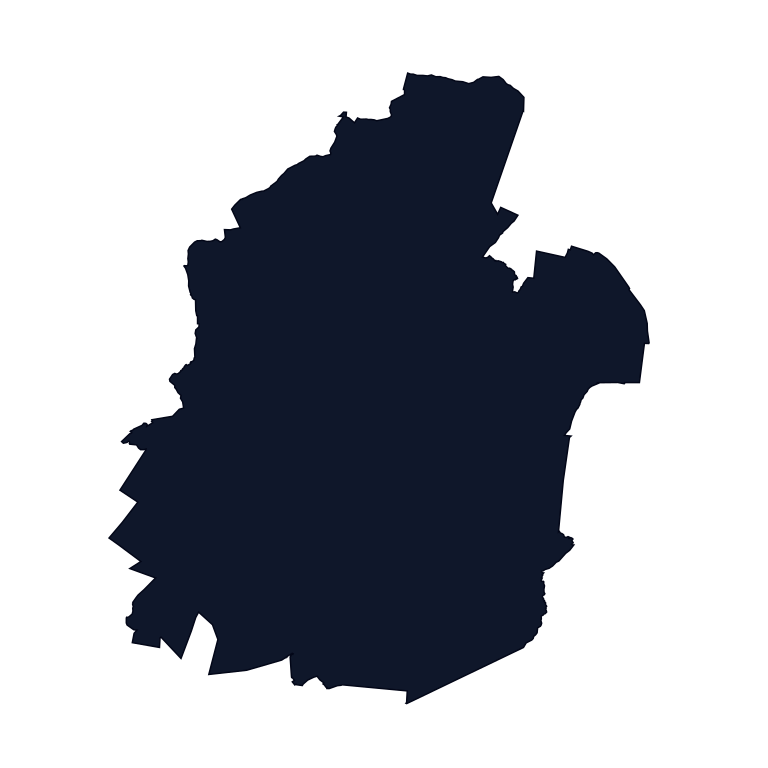 the district of General Francisco R. Murguía, Zacatecas, Mexico, rotated 275°
{"feature_id": "50627088B31059355925449", "entity_name": "General Francisco R. Murguía", "entity_type": "district", "adm_level": 2, "iso_a3": "MEX", "parent_name": "Mexico", "parent_adm1": "Zacatecas", "projection": "natural_earth1", "projection_center": [-102.697, 24.128], "detail": "fine", "context": "isolated", "style": "filled", "palette": "ink", "viewbox_px": 768, "rotation_deg": 275, "n_neighbors": 0, "source": "geoboundaries", "source_scale": "gbopen_adm2", "svg_char_len": 6140}
<svg xmlns="http://www.w3.org/2000/svg" viewBox="0 0 768 768"><g transform="rotate(275 384 384)"><path d="M312.3,135.1L303.8,127.6L302.3,129.5L303.1,132.2L303.5,133.2L304.5,133.9L304.8,135.0L304.2,135.5L302.7,135.5L301.9,135.9L301.8,142.8L298.8,145.1L297.4,147.2L297.7,150.5L298.5,152.7L297.7,152.7L255.2,130.2L244.9,149.1L223.4,135.4L206.6,123.5L200.6,133.7L186.0,157.3L178.0,146.9L170.9,173.4L158.2,162.9L152.3,157.4L149.6,155.7L144.6,152.8L144.0,153.3L142.9,152.7L140.4,153.6L140.9,154.1L138.9,153.2L135.9,153.7L132.9,153.2L129.8,150.2L129.1,148.9L129.3,148.1L128.5,147.7L123.5,148.1L121.5,149.1L117.4,156.1L117.3,159.4L113.9,156.8L104.4,155.8L102.0,183.3L111.4,183.0L112.4,183.9L92.9,205.7L121.2,213.6L135.0,216.8L140.6,219.2L129.3,234.1L115.0,240.8L79.4,234.8L86.9,272.2L100.1,306.2L102.6,309.4L102.7,310.1L103.3,310.2L103.6,311.2L104.1,311.2L105.7,313.2L106.1,314.7L106.6,314.6L107.7,316.0L107.4,317.0L106.7,316.7L106.9,315.8L103.9,314.3L84.7,317.3L83.9,317.5L84.1,317.7L81.0,320.6L79.3,318.6L76.4,321.4L77.3,322.5L76.8,323.1L76.5,328.9L78.0,329.6L82.4,333.8L85.8,339.6L87.1,342.8L83.7,345.9L81.0,350.1L79.9,349.4L79.0,350.9L77.0,352.5L76.8,353.6L75.7,353.6L75.8,355.9L79.4,363.8L80.1,367.4L80.7,368.6L80.3,433.9L68.5,434.3L67.9,433.7L67.6,434.4L133.7,545.9L138.5,548.2L141.8,553.5L143.5,554.8L145.6,555.1L147.4,556.9L149.5,558.2L154.5,558.3L156.3,560.9L157.7,561.6L159.5,561.9L162.0,560.9L163.8,561.2L166.5,560.8L167.7,562.7L168.8,563.4L169.3,564.6L171.0,565.9L172.7,565.3L173.1,564.7L174.6,565.0L174.9,564.5L176.8,565.4L178.2,564.2L180.1,564.0L180.3,563.3L180.8,563.4L181.4,562.4L182.3,562.7L183.3,561.4L184.2,561.6L185.5,560.3L187.1,560.5L188.1,562.1L189.2,562.5L190.4,561.6L193.3,561.2L196.9,561.5L199.5,560.3L200.7,560.5L201.3,560.0L201.1,558.2L201.9,557.6L204.5,558.5L204.7,557.6L207.5,558.8L207.8,558.1L209.7,559.5L209.8,558.2L210.4,557.1L211.2,557.2L211.9,559.0L213.3,560.7L214.8,564.5L217.4,567.8L221.4,571.0L222.9,573.6L231.1,579.7L234.6,583.5L240.2,587.1L240.2,585.6L240.7,584.7L241.9,585.6L242.3,586.3L244.6,584.7L245.9,585.7L246.4,585.5L247.2,583.6L247.0,582.9L246.2,582.2L246.2,581.6L247.5,582.1L248.0,580.6L247.2,579.4L247.1,577.1L249.5,576.0L250.6,574.1L250.8,572.8L252.7,571.3L252.0,570.7L303.6,571.0L346.9,573.4L348.4,574.8L348.5,568.2L351.3,569.7L355.4,572.9L363.4,574.1L372.6,576.7L376.0,578.2L376.2,578.8L377.1,579.4L380.9,580.9L381.5,580.7L382.4,581.2L385.5,581.8L387.3,583.3L390.7,584.2L394.3,587.0L396.6,587.8L398.5,589.3L400.1,591.3L403.2,597.2L403.8,595.5L405.9,616.8L405.2,623.3L405.8,623.7L406.4,623.5L407.7,638.3L447.2,639.9L447.4,644.2L448.1,644.5L459.7,641.8L467.3,640.9L479.8,636.9L485.2,632.6L499.1,620.0L499.7,619.8L500.4,620.3L502.0,619.3L520.8,603.6L528.1,595.0L533.1,586.6L533.4,584.8L533.1,583.3L531.0,581.6L532.5,579.9L534.0,575.5L537.6,558.8L533.8,557.9L534.2,555.9L530.6,555.3L525.9,553.4L529.7,524.4L502.4,524.0L502.5,518.1L496.5,514.3L493.4,513.4L492.7,512.2L490.1,511.5L488.5,510.3L487.1,509.9L486.2,508.9L487.2,506.3L486.8,504.0L487.5,503.9L491.8,504.2L494.4,503.4L497.7,503.5L499.0,504.4L499.5,505.1L499.3,505.7L500.3,506.2L500.1,506.9L500.6,506.9L500.8,507.7L501.7,507.1L502.0,507.3L502.3,506.4L503.5,506.2L504.2,504.6L507.1,504.1L508.3,502.5L508.4,501.6L509.1,501.4L509.8,500.3L510.3,499.1L510.1,497.5L512.4,494.7L513.8,494.8L514.5,493.1L515.5,492.3L515.3,491.3L516.0,490.2L516.7,486.9L516.1,485.5L516.8,484.7L516.2,484.0L518.4,481.6L518.5,480.6L519.3,480.3L521.0,477.9L519.3,476.4L518.4,474.5L519.0,471.0L530.1,477.3L534.7,482.6L539.7,485.3L542.3,486.1L544.8,489.0L546.1,489.2L550.6,493.6L555.1,496.7L557.7,499.4L563.8,502.7L570.1,484.9L563.0,482.4L573.7,475.0L668.5,498.8L668.2,499.2L681.7,498.4L687.5,492.0L689.8,487.1L692.5,483.7L692.9,481.5L693.9,479.6L697.6,476.2L700.4,471.6L698.8,464.0L698.6,455.8L695.8,451.6L695.6,450.6L692.3,447.0L690.6,442.2L692.0,436.1L692.0,428.6L693.1,425.3L693.7,421.0L694.5,418.7L694.5,415.9L695.1,413.2L694.6,408.8L696.0,404.3L694.7,400.5L694.8,395.9L694.3,390.0L695.2,386.2L695.0,383.5L695.8,380.5L679.6,377.7L679.1,377.7L679.1,378.5L678.3,378.9L674.1,379.2L666.2,366.8L663.3,366.7L659.6,365.4L658.4,366.3L655.9,366.5L652.9,368.0L651.2,367.8L650.3,366.9L648.9,364.6L645.6,353.8L646.3,351.1L646.4,347.8L646.1,345.4L646.4,343.5L645.7,337.6L646.7,334.5L641.6,331.8L645.9,326.0L646.7,322.9L651.4,322.9L651.3,320.0L647.7,317.3L646.9,316.0L646.5,320.3L638.8,315.5L638.8,316.2L638.1,314.7L637.4,315.1L635.6,313.6L633.4,313.0L631.3,312.6L628.5,314.7L626.8,315.5L620.6,313.8L614.4,310.6L611.5,309.9L609.5,310.9L607.9,310.7L606.4,305.9L605.1,303.5L605.2,301.0L606.1,297.3L605.0,295.8L604.4,290.3L601.3,286.4L599.4,284.8L596.2,279.6L594.9,278.3L594.2,276.4L589.8,269.4L585.0,266.0L582.8,263.8L579.0,261.0L576.5,259.8L571.2,253.9L569.9,253.4L568.6,251.9L565.6,247.1L565.5,245.7L563.8,240.5L560.6,234.3L557.4,229.8L556.2,226.9L555.5,226.5L555.7,225.7L555.2,224.9L549.2,219.8L544.9,217.0L527.1,227.3L525.3,220.5L524.2,217.7L523.9,211.6L516.2,213.2L514.1,212.4L511.8,210.1L511.3,208.3L513.2,204.9L513.6,203.3L511.8,201.1L511.0,198.5L510.6,195.1L511.3,190.0L510.8,188.9L510.4,185.4L508.8,182.9L503.5,178.5L499.9,177.2L496.5,177.8L491.8,177.7L488.5,178.4L484.9,178.2L484.5,176.8L484.5,174.8L484.1,174.4L482.0,176.2L475.9,179.0L469.8,180.5L464.6,180.8L458.5,182.9L457.1,183.9L456.1,183.5L454.5,185.2L453.1,185.5L451.9,187.2L451.4,188.9L440.6,190.1L435.8,191.5L435.8,192.3L427.8,193.0L427.8,194.5L427.2,194.7L424.6,194.6L421.5,191.8L417.9,191.5L413.0,193.7L412.8,193.2L407.4,193.1L402.7,192.1L394.0,193.3L393.5,192.7L390.8,192.4L389.6,190.8L389.2,189.6L388.4,189.3L388.1,189.8L387.0,189.0L385.3,186.5L386.1,185.4L385.7,184.7L383.8,183.5L383.3,183.7L381.5,182.0L380.6,181.9L379.6,180.4L378.9,180.4L376.4,178.1L375.8,176.5L376.3,174.6L375.0,172.6L370.1,169.9L368.0,170.5L364.4,175.7L362.2,175.9L360.5,177.6L357.4,179.6L354.9,182.8L352.1,182.5L348.6,185.0L342.5,186.5L341.0,182.3L333.4,176.2L328.2,155.9L327.4,156.5L326.6,155.7L325.2,157.0L321.1,151.3L323.1,151.5L323.9,150.5L324.1,149.2L323.6,149.0L323.9,148.1L321.7,146.6L317.2,138.6L315.8,137.4L315.5,136.2L314.7,135.4L313.8,136.9L313.0,136.6L312.3,135.1Z" fill="#0f172a" stroke="#020617" stroke-width="1.5"/></g></svg>